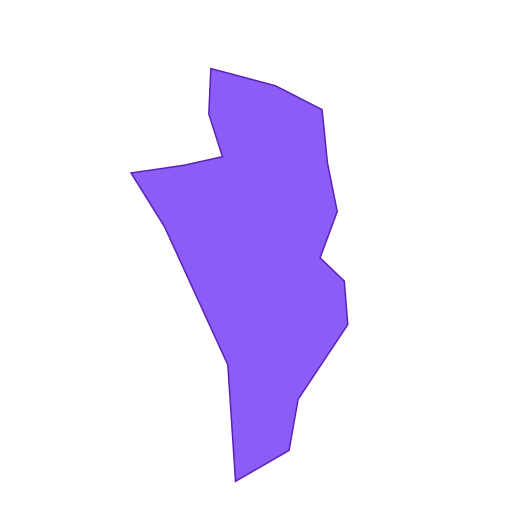 an SVG outline of Eastern, rotated 60°
{"feature_id": "HKG-5155", "entity_name": "Eastern", "entity_type": "state/province", "adm_level": 1, "iso_a3": "HKG", "parent_name": "Hong Kong S.A.R.", "parent_adm1": "", "projection": "natural_earth1", "projection_center": [114.211, 22.27], "detail": "fine", "context": "isolated", "style": "filled", "palette": "violet", "viewbox_px": 512, "rotation_deg": 60, "n_neighbors": 0, "source": "natural_earth", "source_scale": "10m", "svg_char_len": 384}
<svg xmlns="http://www.w3.org/2000/svg" viewBox="0 0 512 512"><g transform="rotate(60 256 256)"><path d="M71.1,201.4L118.4,154.0L162.3,125.6L211.2,147.6L258.1,163.4L289.6,201.4L321.9,192.1L361.3,210.8L401.1,291.1L440.9,324.6L440.9,386.4L336.1,334.8L185.0,320.6L121.6,322.7L141.3,273.3L153.2,235.4L109.5,225.9L71.1,201.4Z" fill="#8b5cf6" stroke="#5b21b6" stroke-width="1.5"/></g></svg>